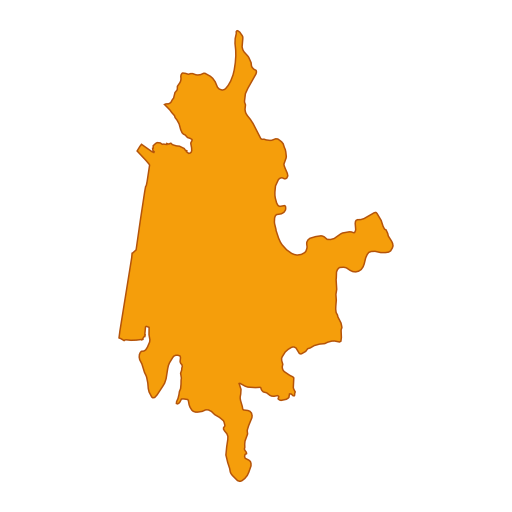 outline of Mosman, New South Wales, Australia
{"feature_id": "25037944B9039648932577", "entity_name": "Mosman", "entity_type": "district", "adm_level": 2, "iso_a3": "AUS", "parent_name": "Australia", "parent_adm1": "New South Wales", "projection": "equal_earth", "projection_center": [151.246, -33.828], "detail": "fine", "context": "isolated", "style": "filled", "palette": "amber", "viewbox_px": 512, "rotation_deg": 0, "n_neighbors": 0, "source": "geoboundaries", "source_scale": "gbopen_adm2", "svg_char_len": 6070}
<svg xmlns="http://www.w3.org/2000/svg" viewBox="0 0 512 512"><path d="M137.1,151.0L146.1,160.6L149.1,164.2L149.6,165.1L147.1,181.6L146.3,185.5L145.6,186.6L144.7,191.6L140.4,219.9L136.1,249.9L132.8,252.9L132.1,253.2L131.7,257.7L119.9,331.0L119.0,337.9L121.1,338.8L124.1,340.6L124.9,340.0L126.1,339.8L131.0,340.3L136.4,340.1L141.3,339.5L141.6,339.9L142.9,339.4L142.7,338.7L144.6,336.0L144.9,336.2L145.2,334.7L144.8,334.4L145.5,327.0L146.0,326.5L146.7,326.4L149.1,327.4L149.0,334.7L149.9,339.8L149.6,342.1L147.4,347.2L145.6,350.0L143.7,351.1L141.4,351.3L140.3,352.5L139.4,354.6L139.2,357.1L139.7,359.7L141.9,364.0L144.5,372.4L146.1,375.7L146.7,377.5L147.8,383.0L148.3,388.7L149.1,392.0L151.7,397.0L152.8,397.8L154.7,397.5L157.0,395.0L162.8,386.2L164.6,383.2L166.1,378.7L167.7,368.6L168.4,365.5L169.5,362.8L172.8,357.4L173.9,356.1L175.6,355.3L177.5,355.2L179.8,355.8L180.3,356.7L180.5,357.8L180.1,361.3L180.2,362.1L180.8,363.5L181.9,364.7L182.3,366.5L181.8,368.1L181.7,370.0L180.6,373.3L181.4,378.1L181.1,380.1L181.0,384.3L180.6,388.6L179.4,391.6L179.0,394.4L178.0,398.5L176.6,401.6L176.4,403.5L177.6,403.9L179.0,403.1L179.9,402.0L181.4,399.1L181.7,399.0L183.5,398.9L187.6,399.5L188.3,400.4L189.1,404.7L190.0,407.2L191.8,410.1L193.2,411.3L195.5,412.1L197.7,412.1L202.2,411.4L205.8,409.8L208.4,409.9L211.4,411.4L214.7,414.6L219.5,417.4L223.4,420.7L224.1,422.2L224.9,425.5L224.7,426.3L223.6,427.6L223.5,429.1L224.5,430.8L226.9,433.8L227.9,436.4L227.8,439.4L226.7,446.7L225.9,455.0L227.7,462.5L229.6,468.3L230.3,472.0L231.0,473.6L232.4,475.5L237.5,480.6L239.6,481.3L240.7,481.2L242.1,480.6L244.8,478.5L247.3,475.4L248.8,472.2L251.0,465.9L251.0,463.5L250.4,461.5L248.8,460.1L245.4,458.4L244.9,457.7L244.6,456.3L245.0,454.6L245.4,454.1L246.5,453.8L246.6,453.3L246.2,452.1L244.8,450.2L244.4,449.0L244.8,447.3L244.7,444.1L245.0,441.1L247.6,433.9L247.2,430.7L247.5,429.3L248.7,425.5L251.9,417.7L252.1,415.7L251.5,413.1L249.9,411.3L247.9,410.5L243.8,410.0L243.2,409.7L242.7,408.9L242.3,406.5L240.6,400.7L240.2,398.5L240.2,396.9L240.7,394.1L241.0,389.4L239.1,383.5L239.9,383.3L245.2,386.2L247.9,387.1L255.5,387.6L260.1,387.3L260.8,387.8L261.4,389.7L262.1,390.7L263.3,391.9L266.6,392.8L270.0,395.4L271.7,396.1L274.0,396.3L277.4,395.6L278.4,396.1L278.8,396.7L278.1,398.7L278.3,399.1L279.8,400.1L281.1,400.4L286.3,399.3L288.1,398.2L288.9,397.4L289.5,393.9L291.2,394.0L293.2,395.8L294.3,395.8L294.6,395.2L294.7,393.5L295.2,391.9L293.8,389.3L293.3,387.6L293.8,377.9L292.9,376.9L289.7,375.3L284.1,371.5L282.9,369.9L282.3,367.9L282.3,366.5L282.8,364.3L281.7,360.7L281.6,358.3L282.2,356.8L285.2,352.0L288.1,349.4L291.2,347.5L292.6,347.0L294.1,347.0L296.0,348.0L299.3,353.4L300.3,353.9L301.5,353.8L305.7,351.4L307.7,348.7L310.3,347.9L314.2,345.6L319.5,344.1L324.8,343.6L327.7,342.2L331.8,341.1L334.5,341.0L339.5,342.0L340.9,341.2L341.4,337.5L341.1,330.7L341.2,329.5L341.9,327.7L341.7,326.2L341.0,323.0L337.8,316.7L337.5,315.1L336.1,312.5L335.7,309.2L335.8,306.2L336.3,300.2L335.9,294.4L336.7,289.3L336.1,279.5L336.3,278.1L336.5,272.0L337.4,269.7L338.6,268.2L339.7,267.5L343.6,267.2L346.3,267.8L350.2,270.4L352.8,271.6L355.7,271.9L358.6,271.2L361.2,269.5L363.1,266.8L364.2,263.9L365.7,257.8L367.2,254.5L368.8,252.4L371.2,251.5L375.0,251.3L380.8,252.6L385.4,252.6L388.6,252.1L390.6,250.9L392.4,247.9L393.0,245.9L392.6,243.4L391.7,241.4L388.3,236.0L387.7,233.4L386.3,230.4L386.0,229.8L384.6,229.2L384.0,228.1L383.0,226.1L381.2,220.5L377.1,213.6L376.2,212.6L375.6,212.4L374.1,212.8L364.0,218.6L360.8,219.6L357.4,219.7L356.1,220.4L355.5,221.4L355.2,223.4L355.7,229.6L355.3,231.2L354.5,232.6L353.7,232.7L351.1,231.9L349.3,231.8L342.5,233.0L340.7,233.9L334.2,238.5L330.7,239.5L327.2,239.4L324.3,236.9L322.6,236.1L321.0,235.8L315.6,236.6L309.9,238.3L308.0,239.9L306.8,242.2L306.7,243.9L307.1,247.0L306.8,248.7L305.9,251.2L304.7,252.6L301.4,254.4L297.1,255.1L294.3,254.5L291.6,253.4L286.6,249.8L282.0,244.7L280.3,242.0L278.6,238.2L276.0,230.3L276.0,229.5L274.6,223.8L274.4,222.0L274.6,217.9L275.3,215.9L276.5,214.6L281.3,213.8L283.0,212.9L284.2,212.0L285.5,209.9L285.7,208.4L285.6,206.9L285.3,206.1L284.5,205.6L280.0,206.4L278.5,205.9L277.7,205.0L276.6,202.9L275.3,198.1L274.9,195.3L274.9,192.0L275.5,185.9L278.4,179.6L279.7,178.4L281.2,177.8L282.5,177.9L284.4,178.8L285.7,178.7L286.8,178.0L287.8,175.9L287.3,173.3L285.1,168.2L284.2,165.8L283.9,164.1L286.1,158.0L286.3,156.5L285.8,152.0L285.3,149.6L284.3,147.3L283.2,143.8L281.6,141.8L278.2,139.2L277.2,138.9L275.6,138.8L271.7,140.3L269.9,140.4L266.1,139.9L264.1,139.2L262.0,139.3L260.8,138.6L253.1,123.6L250.3,119.3L247.4,115.7L245.9,113.3L245.4,111.7L245.0,109.4L245.5,104.9L244.6,102.4L244.5,101.1L245.4,93.7L247.8,88.4L256.0,73.9L256.4,72.4L256.4,71.3L256.1,70.4L253.7,69.1L252.1,67.3L251.5,66.0L251.1,62.7L248.8,57.5L248.0,56.3L243.9,51.7L242.8,49.7L242.1,46.9L242.8,38.7L242.8,37.0L242.3,35.8L239.8,32.2L237.7,30.7L236.9,30.8L236.2,31.7L236.3,33.5L235.2,38.5L235.0,43.4L235.7,50.3L235.8,55.8L235.3,62.7L234.2,70.1L233.0,75.0L230.7,81.0L228.2,85.4L225.7,88.5L224.4,89.5L222.2,90.1L219.3,89.1L217.5,87.3L215.2,81.8L212.7,78.3L210.4,76.3L205.0,73.3L203.6,73.3L200.7,74.6L197.8,75.0L196.0,74.8L192.6,73.6L190.6,73.6L188.4,74.3L185.6,73.4L182.7,73.0L182.0,73.4L181.1,74.8L180.8,76.3L181.0,78.9L180.7,80.8L180.0,82.5L177.4,86.3L177.3,89.3L176.8,90.4L175.0,92.5L173.6,98.1L172.4,99.6L171.0,102.2L170.1,103.0L168.6,103.8L166.0,103.9L164.5,104.5L170.0,110.1L171.6,112.4L174.5,115.7L175.1,117.6L176.9,119.9L179.1,123.9L180.7,129.7L182.1,132.8L183.4,134.1L185.2,135.0L187.5,137.5L190.2,138.4L192.0,139.5L192.0,140.6L190.9,142.7L190.8,143.6L191.6,147.9L191.7,150.7L191.2,152.2L190.1,153.1L188.7,153.4L186.6,151.8L186.8,150.7L186.1,150.5L186.0,150.8L185.5,150.4L184.2,148.5L179.5,146.2L176.5,145.9L173.7,145.1L172.2,144.5L171.0,143.3L170.4,143.3L168.8,144.1L166.8,143.5L166.8,144.5L163.5,144.1L162.3,144.3L160.2,142.9L157.2,142.6L155.7,143.4L153.2,145.7L153.2,148.0L152.8,148.2L153.0,148.4L152.7,148.7L152.8,150.0L153.2,150.8L154.2,151.8L153.8,152.5L151.8,151.6L141.5,144.3L139.9,146.4L137.1,151.0Z" fill="#f59e0b" stroke="#b45309" stroke-width="1.5"/></svg>